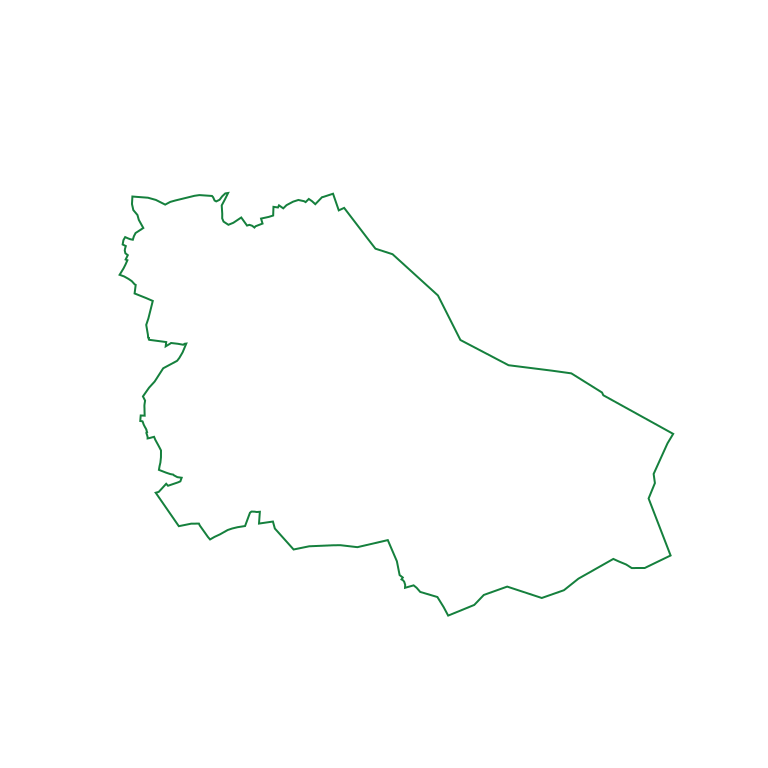 Oyi, Anambra, Nigeria (Natural Earth projection), rotated 69°
{"feature_id": "59680162B91981903970684", "entity_name": "Oyi", "entity_type": "district", "adm_level": 2, "iso_a3": "NGA", "parent_name": "Nigeria", "parent_adm1": "Anambra", "projection": "natural_earth1", "projection_center": [6.865, 6.226], "detail": "fine", "context": "isolated", "style": "outline", "palette": "green", "viewbox_px": 768, "rotation_deg": 69, "n_neighbors": 0, "source": "geoboundaries", "source_scale": "gbopen_adm2", "svg_char_len": 2805}
<svg xmlns="http://www.w3.org/2000/svg" viewBox="0 0 768 768"><g transform="rotate(69 384 384)"><path d="M149.8,461.1L149.2,463.9L150.8,467.8L153.1,471.5L153.4,475.2L152.0,476.4L148.4,476.6L146.8,477.2L141.5,488.6L140.4,493.4L137.9,512.9L137.4,518.2L138.1,524.0L130.4,531.0L125.5,537.6L120.5,548.2L118.8,551.7L125.7,554.8L131.8,555.7L137.9,553.6L142.9,554.1L152.1,552.8L154.0,561.8L156.5,564.6L159.3,566.8L157.9,569.0L156.3,570.8L154.1,573.0L156.3,575.7L160.1,578.0L162.7,575.6L164.9,577.3L166.5,578.2L169.3,578.6L171.9,577.0L175.2,580.6L176.5,579.2L179.9,582.6L182.7,585.7L187.3,591.7L190.5,588.0L194.4,584.8L197.6,582.6L201.5,581.1L202.5,580.3L210.1,584.4L218.6,575.2L223.6,570.1L238.4,580.5L243.6,584.8L253.6,586.8L256.2,587.6L256.7,586.9L258.3,587.6L258.6,587.4L258.8,587.0L266.8,572.3L270.6,574.3L269.7,569.2L269.4,568.1L272.6,562.0L275.4,557.4L275.0,555.7L275.4,554.1L282.3,560.7L286.3,565.7L288.2,568.8L290.2,584.5L299.5,597.2L303.2,604.6L309.2,613.5L313.9,613.0L316.5,614.5L318.0,615.3L319.6,615.9L321.1,616.4L323.0,617.1L327.8,618.8L326.2,622.4L327.8,623.2L331.2,624.8L331.8,623.7L332.1,623.1L332.4,622.8L332.9,622.8L335.8,622.9L338.5,622.6L340.3,622.3L342.1,622.2L342.6,622.5L344.1,622.4L344.5,623.4L346.9,623.5L348.9,623.7L350.1,624.2L350.4,622.5L350.9,617.6L354.2,617.5L359.3,616.8L362.4,616.4L366.1,616.0L372.5,618.5L377.2,620.9L380.3,623.0L383.5,624.9L388.6,619.3L391.5,615.8L393.1,613.2L393.9,612.9L396.9,610.3L399.0,606.5L401.9,609.0L402.0,611.7L401.6,622.1L399.1,623.1L402.5,629.9L404.0,633.0L403.7,636.1L443.2,626.5L445.3,614.1L448.0,606.8L450.0,606.7L463.7,603.2L466.8,602.1L466.0,597.0L465.6,591.1L464.3,582.3L464.5,577.5L465.2,572.1L466.8,564.6L456.2,555.3L455.6,553.5L456.8,550.6L457.9,548.7L458.8,545.7L469.5,550.7L472.6,537.0L479.8,537.7L506.1,527.7L508.7,512.0L516.5,488.8L518.9,482.4L526.8,467.3L531.1,436.4L554.1,435.5L568.0,437.9L571.4,435.8L572.7,437.7L574.0,436.6L575.8,436.0L579.1,436.2L581.8,437.4L582.6,428.5L585.9,426.6L591.1,424.7L602.0,410.5L613.5,408.3L623.2,407.1L622.6,378.9L616.7,366.4L617.3,341.6L640.3,313.4L641.0,289.9L635.4,272.2L629.5,232.6L633.7,228.5L639.3,222.6L644.6,218.7L649.2,206.5L646.8,177.9L585.7,178.0L573.6,166.6L564.6,164.5L541.0,140.6L534.2,131.9L473.1,183.3L470.1,183.5L441.2,205.3L431.7,222.5L411.1,261.0L370.3,296.9L320.7,301.9L265.9,329.5L254.6,343.5L243.3,346.9L205.3,358.1L205.7,364.0L188.1,363.4L187.6,373.6L187.4,374.9L191.5,383.7L187.5,385.7L184.3,387.9L186.1,392.0L184.7,393.1L181.5,398.0L181.2,403.5L182.1,410.9L183.9,415.1L179.6,418.0L181.2,419.7L179.0,423.7L187.0,427.1L186.7,431.7L185.5,439.5L190.7,439.9L190.7,447.4L191.5,448.9L189.0,450.4L187.2,452.6L187.0,455.1L177.4,457.6L179.5,466.9L179.6,472.2L174.9,475.6L171.4,475.7L167.1,474.0L159.1,471.5L154.6,466.3L149.8,461.1Z" fill="none" stroke="#15803d" stroke-width="2"/></g></svg>